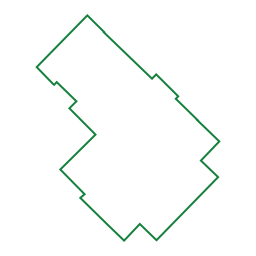 Carlos Casares, Buenos Aires, Argentina
{"feature_id": "61730980B52662416903271", "entity_name": "Carlos Casares", "entity_type": "district", "adm_level": 2, "iso_a3": "ARG", "parent_name": "Argentina", "parent_adm1": "Buenos Aires", "projection": "orthographic", "projection_center": [-61.387, -35.725], "detail": "fine", "context": "isolated", "style": "outline", "palette": "green", "viewbox_px": 256, "rotation_deg": 0, "n_neighbors": 0, "source": "geoboundaries", "source_scale": "gbopen_adm2", "svg_char_len": 441}
<svg xmlns="http://www.w3.org/2000/svg" viewBox="0 0 256 256"><path d="M218.1,177.1L200.9,160.6L219.3,141.4L197.3,120.2L197.6,120.1L175.8,98.8L178.2,96.3L156.2,74.4L152.0,78.7L103.9,32.4L104.2,32.1L87.3,15.4L36.7,67.1L52.8,83.7L54.1,84.8L56.7,82.1L76.4,101.3L69.4,108.3L95.5,134.6L60.3,169.5L84.6,194.2L80.3,197.9L107.5,224.6L113.0,229.9L124.1,240.6L139.8,224.0L156.5,240.2L218.1,177.1Z" fill="none" stroke="#15803d" stroke-width="2"/></svg>